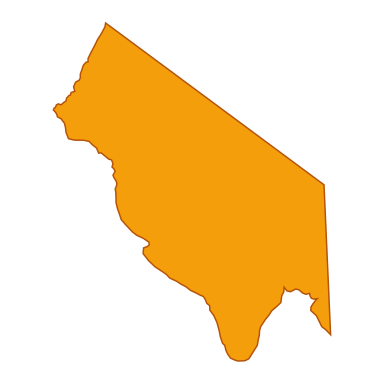 outline of Ngchemesed, Palau
{"feature_id": "81905179B10873583367862", "entity_name": "Ngchemesed", "entity_type": "district", "adm_level": 2, "iso_a3": "PLW", "parent_name": "Palau", "parent_adm1": "", "projection": "robinson", "projection_center": [134.501, 7.511], "detail": "fine", "context": "isolated", "style": "filled", "palette": "amber", "viewbox_px": 384, "rotation_deg": 0, "n_neighbors": 0, "source": "geoboundaries", "source_scale": "gbopen_adm2", "svg_char_len": 1726}
<svg xmlns="http://www.w3.org/2000/svg" viewBox="0 0 384 384"><path d="M324.0,184.8L105.6,23.0L105.0,26.8L101.4,33.5L97.6,39.5L94.7,45.5L90.7,53.0L88.1,58.4L88.0,62.0L86.0,62.2L83.3,65.4L81.8,70.0L80.3,74.1L80.3,77.8L79.1,80.3L75.7,82.0L73.6,86.7L74.8,91.4L71.1,92.5L70.4,95.1L69.1,95.4L66.6,98.1L66.0,100.9L63.3,102.8L61.2,104.8L58.2,103.9L56.4,104.9L55.3,107.6L54.1,108.1L53.4,110.0L55.7,112.5L56.9,114.6L57.4,116.8L61.2,118.9L64.5,123.4L65.5,127.6L66.0,132.2L68.5,138.7L73.9,140.0L77.4,140.2L83.6,140.2L89.3,141.5L92.4,144.8L96.6,148.1L98.6,153.1L101.2,152.9L108.7,159.1L111.5,159.9L113.0,163.5L112.0,167.0L113.8,168.7L115.1,171.3L114.0,173.3L113.0,175.2L113.8,177.3L115.9,180.7L116.8,183.1L116.6,185.6L115.2,189.1L115.8,192.2L116.0,197.2L116.0,202.4L117.5,208.7L119.0,212.8L121.3,219.7L126.2,225.3L132.3,231.8L136.8,235.3L142.9,238.1L148.8,242.0L149.3,244.7L147.2,246.6L143.6,247.9L143.1,253.6L148.8,260.9L155.0,266.8L161.1,270.8L166.4,274.4L169.8,278.1L176.3,281.1L181.3,284.3L185.6,286.5L190.6,290.4L195.7,292.8L200.1,295.1L203.4,296.5L205.2,299.3L206.8,303.3L209.7,305.7L209.8,310.1L213.7,315.4L216.9,322.3L219.1,330.3L220.4,336.9L222.6,343.4L224.7,345.3L225.9,350.2L227.6,354.0L230.5,358.1L233.8,359.6L236.8,360.8L239.4,361.0L244.9,360.7L248.8,358.8L254.0,350.6L257.3,345.3L258.1,340.6L259.3,335.2L259.6,330.5L260.6,326.8L265.3,319.6L268.7,315.4L271.9,310.6L276.6,306.6L280.8,302.6L281.8,295.6L283.7,292.2L284.1,287.2L286.9,290.9L290.5,291.7L295.8,289.0L299.0,289.9L302.6,293.0L305.8,294.3L309.6,293.4L310.0,295.8L311.4,298.3L313.8,299.1L317.2,298.7L316.0,299.8L313.1,303.6L311.0,307.0L310.8,310.5L316.5,315.8L321.8,326.7L326.0,329.9L330.6,334.7L324.0,184.8Z" fill="#f59e0b" stroke="#b45309" stroke-width="1.5"/></svg>